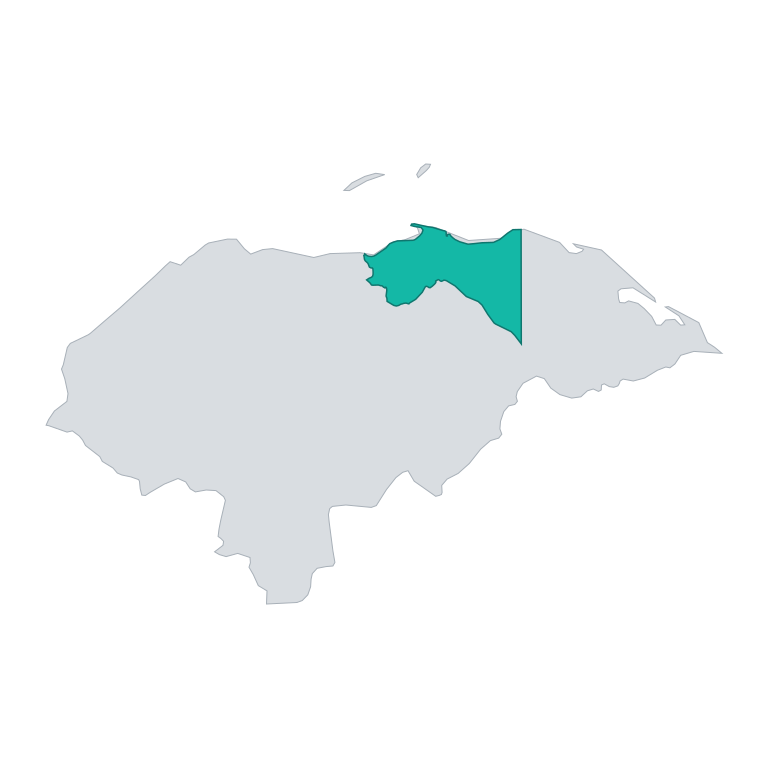 location of Colón within Honduras
{"feature_id": "HND-638", "entity_name": "Colón", "entity_type": "Department", "adm_level": 1, "iso_a3": "HND", "parent_name": "Honduras", "parent_adm1": "", "projection": "robinson", "projection_center": [-85.998, 15.551], "detail": "fine", "context": "in_parent", "style": "filled", "palette": "teal", "viewbox_px": 768, "rotation_deg": 0, "n_neighbors": 0, "source": "natural_earth", "source_scale": "10m", "svg_char_len": 4485}
<svg xmlns="http://www.w3.org/2000/svg" viewBox="0 0 768 768"><path d="M721.9,353.3L693.9,351.4L680.7,355.3L674.9,364.0L669.9,367.8L665.8,367.0L657.3,370.3L644.7,378.0L633.3,381.0L623.1,379.1L620.1,381.0L619.3,383.5L617.8,385.9L613.8,387.3L609.3,386.6L604.2,383.8L601.5,385.0L601.2,390.0L598.5,391.4L593.3,389.0L587.4,390.8L580.9,396.8L571.7,398.1L559.9,394.6L550.8,388.1L544.3,378.6L536.5,376.1L523.0,383.3L517.3,391.6L516.1,396.7L517.4,401.3L514.9,404.4L508.6,405.9L503.8,411.6L500.5,421.3L499.9,428.9L501.8,434.2L498.7,438.1L490.4,440.6L480.7,449.1L469.4,463.4L458.2,473.4L447.1,479.1L441.7,485.4L442.1,492.4L441.4,494.5L439.3,495.4L435.7,496.3L414.2,481.2L408.0,470.7L402.7,472.3L395.9,477.6L386.5,489.5L376.3,505.6L371.3,507.4L345.9,505.0L332.4,506.4L329.7,508.6L328.4,514.5L329.2,522.4L332.9,550.8L334.9,562.4L332.9,566.0L326.0,566.6L317.1,568.3L312.3,573.6L311.1,579.1L310.6,586.8L307.8,594.8L302.3,600.5L296.9,602.5L266.5,604.0L267.0,590.9L258.3,585.6L253.3,574.6L249.0,567.2L250.4,562.8L250.0,557.5L237.7,553.4L226.1,556.6L219.4,554.6L214.6,551.8L223.0,545.3L223.6,541.3L220.9,538.5L218.1,536.5L219.0,529.2L220.7,520.5L225.4,500.3L223.7,496.7L216.0,490.6L206.2,490.0L195.4,491.9L190.2,488.8L185.7,481.9L178.0,478.5L164.3,484.1L149.9,492.5L145.4,495.5L141.8,495.1L140.2,488.8L139.5,481.4L138.6,479.6L130.9,476.9L121.9,475.0L117.3,473.0L113.0,468.0L102.3,461.4L99.8,456.6L85.5,445.5L82.6,440.0L79.3,436.0L72.4,430.9L67.0,432.1L48.8,425.7L46.1,425.2L48.6,419.6L54.4,411.0L66.9,401.4L68.0,393.6L64.8,378.8L61.5,369.1L63.3,364.8L67.3,347.5L70.3,343.4L88.4,334.7L90.1,333.5L104.4,321.2L120.3,307.6L136.8,292.5L155.2,275.8L165.4,265.9L170.1,261.7L180.7,265.2L189.0,257.2L193.8,254.6L205.1,245.1L208.6,243.0L227.4,239.1L236.5,239.2L244.4,248.8L250.7,254.1L262.6,249.6L272.6,248.6L313.8,257.5L330.1,253.6L360.1,252.7L373.6,254.9L392.7,242.2L405.0,239.7L419.4,233.8L417.4,227.7L414.0,224.9L435.9,227.6L468.6,240.5L503.4,238.1L515.9,231.2L524.0,229.2L559.6,242.4L569.1,252.6L576.4,253.6L582.1,251.3L583.6,249.2L576.6,247.0L573.4,243.8L601.5,250.0L654.5,298.1L655.6,302.0L633.0,287.8L621.0,288.8L617.9,291.1L618.6,298.9L619.7,302.5L624.8,302.9L628.6,300.9L637.9,303.4L644.1,308.5L651.7,316.4L656.2,325.0L661.0,325.2L665.8,320.0L674.8,319.4L680.6,325.1L684.8,324.8L678.9,315.8L665.3,307.0L668.5,306.6L698.8,322.6L707.4,342.6L714.5,347.2L721.9,353.3ZM366.8,180.8L349.4,190.6L343.9,190.4L351.9,182.9L364.8,176.4L375.7,173.3L384.7,174.6L366.8,180.8ZM426.4,170.5L418.2,177.7L416.7,174.5L420.7,167.8L425.7,164.0L430.5,164.3L429.3,167.2L426.4,170.5Z" fill="#d9dde1" stroke="#a8b0b8" stroke-width="1"/><path d="M364.8,254.0L367.3,255.8L369.0,256.3L371.7,256.5L373.8,256.1L375.6,255.2L386.0,248.0L388.7,244.8L389.9,243.6L393.7,242.0L397.4,240.9L413.0,240.3L414.4,239.9L415.5,239.3L419.7,235.8L422.0,233.0L423.0,230.0L421.2,227.5L414.3,226.4L411.0,225.5L411.6,224.1L414.4,223.8L422.8,225.7L428.6,226.9L432.7,227.4L437.8,229.0L442.9,230.5L444.7,230.9L445.9,231.5L446.2,232.9L446.2,234.6L446.5,236.0L447.3,236.0L447.2,235.1L447.4,234.8L447.8,234.5L448.0,234.3L449.8,234.3L450.8,235.9L452.7,237.7L455.0,239.5L459.8,241.8L468.0,244.2L473.7,243.7L481.8,242.8L493.5,242.4L499.8,239.5L507.7,233.1L512.9,229.7L521.1,229.5L521.3,343.9L514.8,335.4L511.2,331.7L495.9,324.2L494.1,323.0L487.8,314.4L482.0,305.0L478.2,301.5L466.3,296.5L455.1,285.9L446.3,280.6L444.0,280.1L443.1,280.6L442.0,281.1L441.2,281.3L440.1,280.8L439.4,280.1L438.6,279.7L438.1,279.6L435.7,281.0L435.9,282.1L435.5,283.0L434.6,284.1L432.3,286.2L430.2,287.7L429.0,287.6L427.7,286.7L427.0,286.4L426.2,286.3L425.5,286.6L425.0,287.3L422.3,292.2L415.7,299.3L409.4,303.1L409.0,303.8L408.3,303.8L407.5,303.5L406.6,303.2L405.5,303.1L403.6,303.4L402.6,303.8L400.8,304.2L398.8,305.4L396.3,306.0L393.8,305.4L387.1,301.4L386.9,298.2L386.2,296.5L386.1,295.9L386.8,290.3L386.6,288.6L386.3,287.6L386.0,287.3L385.5,287.2L385.2,287.4L385.0,287.7L384.9,287.9L384.6,287.7L384.4,287.5L384.1,287.4L383.8,287.3L383.5,287.2L383.2,286.9L382.8,286.4L382.5,286.1L382.2,286.0L381.9,285.8L381.6,285.7L381.0,285.8L378.3,285.0L373.0,285.2L371.9,285.1L371.4,284.9L371.1,284.4L369.9,282.8L366.6,279.9L369.0,278.3L371.6,277.2L372.6,276.1L373.1,274.4L373.1,271.7L372.9,268.8L372.6,268.3L372.2,267.9L371.5,268.0L371.1,268.0L370.6,267.7L369.5,267.2L369.2,266.6L368.0,263.5L367.0,262.4L365.4,261.0L364.8,260.1L364.4,259.1L364.2,257.3L364.1,256.6L363.9,255.9L363.8,255.5L363.9,255.2L364.1,255.1L364.8,255.0L364.8,254.0Z" fill="#14b8a6" stroke="#0f766e" stroke-width="1.5"/></svg>